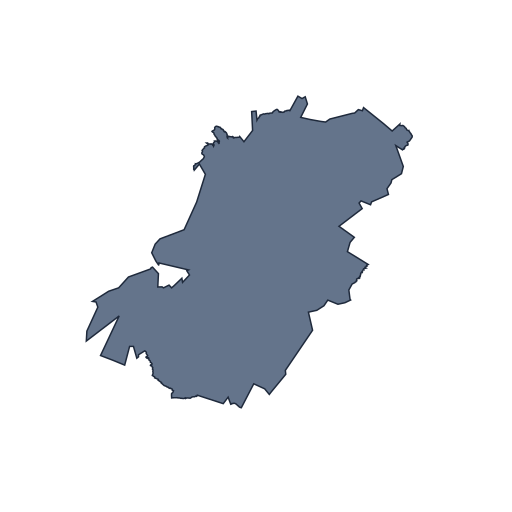 the district of San Bernardo, Durango, Mexico, rotated 69°
{"feature_id": "50627088B70789765036822", "entity_name": "San Bernardo", "entity_type": "district", "adm_level": 2, "iso_a3": "MEX", "parent_name": "Mexico", "parent_adm1": "Durango", "projection": "albers", "projection_center": [-105.703, 26.184], "detail": "fine", "context": "isolated", "style": "filled", "palette": "slate", "viewbox_px": 512, "rotation_deg": 69, "n_neighbors": 0, "source": "geoboundaries", "source_scale": "gbopen_adm2", "svg_char_len": 6062}
<svg xmlns="http://www.w3.org/2000/svg" viewBox="0 0 512 512"><g transform="rotate(69 256 256)"><path d="M390.0,293.2L388.3,290.4L377.1,270.6L373.3,269.6L345.6,229.8L327.2,227.2L328.5,218.7L326.8,210.4L322.9,204.8L330.4,196.8L331.5,189.7L331.0,183.4L330.0,183.7L321.0,181.5L316.6,176.3L316.3,173.3L316.0,173.0L315.9,171.9L315.1,171.2L315.3,170.8L315.2,170.7L313.7,170.4L313.4,169.7L313.4,169.4L313.8,168.1L313.3,168.2L313.1,168.1L313.1,167.7L313.6,167.3L313.6,167.0L312.6,166.9L312.4,166.7L312.7,166.5L312.3,165.9L311.8,165.8L310.9,164.9L310.3,164.9L309.6,164.3L309.3,163.7L309.6,163.2L309.6,162.9L309.3,162.6L308.9,162.9L308.5,162.7L308.2,162.0L308.2,161.8L306.8,160.4L307.1,160.2L306.6,160.1L306.5,159.6L306.7,157.9L306.4,158.2L305.6,158.3L305.6,157.6L305.3,156.9L305.2,156.2L304.9,156.4L304.6,156.4L304.3,156.0L304.3,155.5L304.2,155.3L304.1,154.3L284.7,169.1L277.0,163.3L273.8,157.5L258.0,167.9L249.8,139.9L243.5,140.8L242.2,138.2L249.2,130.7L246.9,128.7L246.0,110.3L240.1,109.6L236.2,103.8L233.4,101.8L231.3,90.7L225.2,86.4L203.0,85.9L209.4,81.2L209.0,80.5L209.2,80.3L209.3,79.7L208.8,79.0L208.7,79.2L208.3,79.2L208.3,78.4L207.5,78.0L207.1,77.4L206.7,76.0L206.9,74.6L206.8,74.4L205.9,73.9L204.9,73.9L204.0,74.2L203.8,74.1L203.6,71.5L201.1,67.8L200.6,67.4L199.7,67.1L198.2,67.5L197.2,67.5L195.9,68.1L195.2,68.1L194.3,68.4L193.6,68.3L193.6,68.7L193.3,69.1L192.3,70.0L190.7,70.1L190.0,70.5L189.9,70.7L189.5,70.9L188.7,70.9L188.1,71.2L186.9,72.0L186.6,72.5L186.6,73.2L186.0,74.2L185.7,75.0L185.2,75.0L184.4,74.5L188.1,84.1L178.3,89.4L156.0,102.4L158.5,104.6L156.0,108.0L157.9,112.7L157.3,115.1L154.6,138.0L155.9,143.0L153.5,147.4L148.0,156.5L142.6,164.6L132.5,153.5L125.0,153.0L125.5,156.6L121.8,159.6L132.5,172.3L132.2,172.7L131.8,172.7L131.7,173.4L131.4,174.0L131.5,174.7L131.2,175.2L131.4,175.9L131.0,177.0L131.7,178.4L131.5,178.8L131.6,179.3L131.5,179.6L130.9,180.3L131.0,180.5L130.9,180.7L130.6,180.9L130.6,181.7L130.5,181.8L130.1,181.5L129.9,181.8L129.8,182.8L128.5,182.9L126.9,183.5L126.5,184.3L126.9,186.5L127.2,187.7L127.6,188.7L128.2,189.2L128.3,189.5L127.6,191.9L127.6,192.4L127.8,192.9L127.6,193.3L127.1,193.7L127.0,194.5L126.6,195.8L126.6,197.1L126.1,197.8L126.0,199.5L126.2,200.3L125.9,201.5L126.2,202.0L127.1,202.4L127.4,203.4L128.0,203.8L128.5,205.3L129.5,206.4L120.7,204.0L119.6,208.3L137.6,214.2L145.0,226.3L138.6,228.4L138.9,228.7L139.1,229.4L138.7,230.2L138.4,231.7L138.2,232.0L137.7,233.5L137.9,234.0L137.7,234.8L137.3,234.9L137.0,234.7L136.4,234.7L136.0,235.1L136.1,235.8L136.0,236.2L135.5,236.9L135.1,237.9L134.8,238.4L134.4,238.5L134.6,239.4L135.4,240.0L135.2,240.2L135.7,240.3L135.3,240.5L134.7,240.2L133.9,240.2L132.9,239.5L132.2,239.6L132.0,239.4L130.5,239.5L130.0,239.6L129.9,239.8L129.4,240.1L128.8,240.2L128.4,240.8L128.6,241.1L128.4,241.2L128.0,241.0L127.5,241.3L127.0,241.3L126.7,241.5L126.2,241.4L125.7,241.8L125.5,242.3L125.2,242.3L124.6,242.7L124.5,243.1L124.0,243.0L122.9,243.4L122.7,244.1L122.4,244.2L122.3,244.5L121.8,244.7L121.5,245.4L120.8,246.0L120.6,246.8L120.7,247.6L121.4,248.6L122.5,248.9L123.1,249.3L123.5,250.2L123.7,252.1L123.9,252.3L124.0,252.1L124.6,252.2L125.8,251.3L126.8,251.3L127.5,251.5L128.6,251.1L129.6,251.1L130.2,250.7L131.0,250.6L132.1,250.1L132.3,250.1L132.5,250.3L133.8,250.4L134.1,249.7L135.5,249.0L136.0,249.2L137.1,250.0L137.5,250.0L137.6,250.3L136.8,250.6L136.4,250.5L136.2,250.7L135.6,250.4L135.5,250.5L134.3,252.2L133.8,253.6L134.2,253.6L134.6,253.9L135.2,255.1L136.1,255.8L136.5,255.7L136.8,255.4L137.2,255.4L137.5,255.5L138.3,256.3L137.4,256.3L137.1,256.7L136.4,256.7L135.5,257.1L135.4,258.0L135.1,258.2L135.1,258.6L134.8,259.1L134.6,259.8L134.2,260.4L133.4,260.5L133.1,260.7L132.8,261.7L134.5,260.7L134.9,260.7L135.1,260.9L135.3,261.2L135.3,263.7L135.6,264.9L136.0,265.3L136.6,265.3L137.1,266.7L138.1,268.5L138.8,268.4L139.4,268.6L140.4,269.7L141.3,269.8L141.8,269.6L142.8,268.7L144.5,268.6L144.9,268.7L146.0,270.0L146.5,270.7L146.6,271.3L148.1,274.9L148.4,276.9L148.5,279.0L148.3,279.3L148.5,279.3L148.5,279.6L148.8,280.0L149.4,280.7L149.5,281.8L150.4,282.3L151.3,282.4L152.6,283.1L153.1,283.0L153.2,282.7L153.7,282.8L149.9,275.9L161.6,274.0L184.4,292.1L205.7,313.7L205.6,339.5L208.8,345.9L215.6,352.2L224.8,351.3L229.4,350.2L229.4,349.9L227.7,349.1L244.8,324.0L245.0,325.9L249.9,324.9L254.3,334.0L250.2,333.2L254.4,343.2L255.5,346.2L252.0,347.6L252.6,353.8L251.2,354.7L249.7,358.8L237.5,353.4L229.3,356.6L229.3,358.0L230.3,359.1L229.9,382.6L236.5,395.6L236.1,406.2L239.8,424.9L241.6,421.8L247.1,422.0L265.5,440.8L274.6,444.9L262.9,405.2L293.2,436.8L302.2,426.8L310.8,417.7L295.1,406.4L296.5,402.8L308.7,403.9L308.0,401.8L306.1,401.1L304.7,393.9L305.3,393.4L306.5,392.9L307.1,393.0L307.5,393.4L307.9,393.4L310.0,392.8L310.6,393.5L310.8,393.8L310.7,394.6L311.2,395.0L312.2,394.5L312.3,394.2L312.2,393.7L312.8,393.6L312.6,392.8L312.8,392.8L313.3,393.0L313.6,392.9L314.3,393.1L315.0,393.1L315.6,392.5L316.5,392.4L317.0,392.6L317.4,392.7L317.9,392.1L319.4,391.7L319.7,391.9L320.0,392.3L319.9,393.4L320.3,393.8L320.5,393.8L321.4,392.7L322.5,392.7L322.8,392.4L323.2,392.4L324.6,393.2L324.8,393.0L325.6,393.0L326.8,393.7L328.5,394.0L329.3,394.7L329.6,394.8L330.2,395.6L330.4,395.6L330.6,395.3L331.6,394.8L332.4,394.0L332.8,394.0L333.4,394.3L336.2,391.4L336.9,391.9L340.2,389.6L340.5,390.0L344.0,388.2L345.6,386.4L346.4,386.0L346.9,385.1L347.2,385.1L347.9,384.5L348.2,384.5L349.0,383.5L348.8,383.1L349.8,382.4L349.9,382.2L350.1,382.0L350.6,381.9L351.0,382.2L351.2,382.3L352.3,381.3L353.7,382.7L354.0,383.8L354.3,384.2L356.1,384.9L358.3,385.6L358.6,384.3L360.1,380.2L360.6,379.7L360.6,379.4L361.0,378.5L361.9,377.2L362.3,376.2L363.0,375.0L363.3,373.7L363.2,373.6L363.0,372.8L363.4,372.5L363.8,372.6L363.7,371.4L365.2,368.3L364.7,366.0L365.1,364.5L365.4,363.9L365.4,363.4L365.2,362.3L365.7,362.0L365.7,361.5L364.9,360.7L382.1,339.5L377.8,332.6L385.3,332.7L385.1,331.7L385.4,331.6L385.2,331.0L385.5,330.2L385.5,329.5L385.9,328.7L387.1,327.6L389.6,326.4L389.7,326.2L391.0,325.7L391.9,324.8L392.4,324.1L374.5,303.9L383.1,295.5L390.0,293.2Z" fill="#64748b" stroke="#1e293b" stroke-width="1.5"/></g></svg>